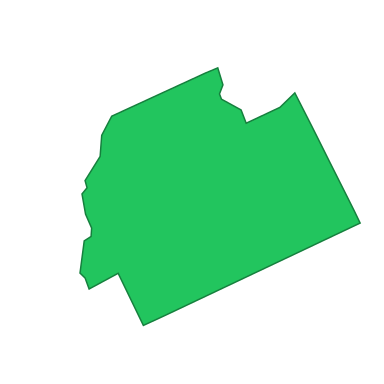 Weakley, Tennessee, United States of America (Equal Earth projection), rotated 63°
{"feature_id": "52423323B99805929976659", "entity_name": "Weakley", "entity_type": "district", "adm_level": 2, "iso_a3": "USA", "parent_name": "United States of America", "parent_adm1": "Tennessee", "projection": "equal_earth", "projection_center": [-88.766, 36.283], "detail": "fine", "context": "isolated", "style": "filled", "palette": "green", "viewbox_px": 384, "rotation_deg": 63, "n_neighbors": 0, "source": "geoboundaries", "source_scale": "gbopen_adm2", "svg_char_len": 564}
<svg xmlns="http://www.w3.org/2000/svg" viewBox="0 0 384 384"><g transform="rotate(63 192 192)"><path d="M155.2,55.4L150.4,55.4L156.5,75.2L155.3,112.5L141.2,111.0L122.7,123.6L117.1,123.0L110.6,115.8L93.1,112.7L92.1,126.0L88.0,229.1L100.5,246.7L118.6,257.7L133.3,282.1L140.6,283.6L143.8,290.9L163.4,296.9L178.6,297.8L185.8,302.1L186.6,310.2L213.4,328.6L220.2,326.3L231.7,327.7L230.9,294.7L288.8,295.9L289.7,273.1L296.0,56.3L282.5,56.0L267.5,55.9L228.1,55.7L202.8,55.5L187.7,55.4L163.2,55.4L155.2,55.4Z" fill="#22c55e" stroke="#15803d" stroke-width="1.5"/></g></svg>